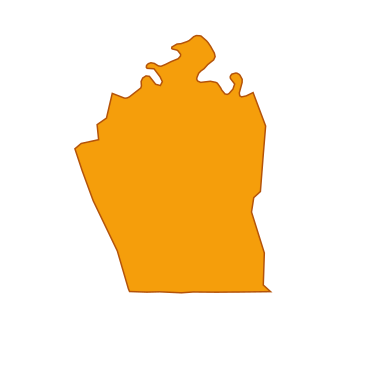 the district of Berkeley, West Virginia, United States of America, rotated 320°
{"feature_id": "52423323B11679801882970", "entity_name": "Berkeley", "entity_type": "district", "adm_level": 2, "iso_a3": "USA", "parent_name": "United States of America", "parent_adm1": "West Virginia", "projection": "albers", "projection_center": [-77.931, 39.442], "detail": "fine", "context": "isolated", "style": "filled", "palette": "amber", "viewbox_px": 384, "rotation_deg": 320, "n_neighbors": 0, "source": "geoboundaries", "source_scale": "gbopen_adm2", "svg_char_len": 1481}
<svg xmlns="http://www.w3.org/2000/svg" viewBox="0 0 384 384"><g transform="rotate(320 192 192)"><path d="M194.3,65.2L174.0,80.4L162.6,79.4L154.1,91.9L138.3,83.6L130.1,83.6L121.6,105.0L110.7,135.2L96.9,189.2L81.0,225.4L80.2,228.1L93.1,239.7L103.0,247.6L119.1,262.4L128.6,269.3L146.4,284.5L161.3,296.8L162.2,297.6L188.1,318.8L186.8,309.1L208.2,285.2L224.7,245.6L235.7,236.0L244.7,235.6L269.8,210.0L290.8,188.8L302.7,155.1L295.2,153.2L291.1,151.0L290.6,149.6L290.4,149.0L291.9,146.5L300.8,140.3L302.9,137.9L303.8,133.4L303.7,132.1L302.8,129.8L301.8,128.9L298.3,127.3L296.4,127.7L295.2,128.4L294.4,129.8L294.1,136.7L289.5,139.5L283.6,140.4L281.7,139.9L281.0,139.0L280.3,138.1L280.3,133.0L280.9,130.5L281.3,125.8L281.3,124.6L280.7,123.3L277.3,119.0L269.1,113.6L267.7,110.7L267.9,109.2L268.3,108.4L269.3,107.5L273.5,105.3L276.7,105.0L280.5,105.3L286.0,104.5L293.5,104.7L296.7,103.2L297.6,101.5L298.4,99.9L299.8,92.7L300.3,88.3L300.3,85.6L299.2,78.4L298.2,77.1L295.8,74.9L293.1,74.1L287.3,74.2L284.9,73.6L278.9,71.3L275.6,69.0L269.8,68.0L268.8,68.9L268.8,69.7L271.6,73.5L272.0,74.8L271.8,79.2L270.5,80.5L267.0,81.0L266.1,80.7L259.8,78.7L253.6,77.2L249.1,75.8L247.3,73.8L245.8,69.3L243.6,66.6L241.0,65.6L238.6,65.8L237.2,67.0L237.1,68.4L242.1,73.2L241.6,83.2L240.2,88.4L236.2,90.1L233.4,86.1L233.7,76.0L231.4,73.5L227.5,73.0L224.1,74.6L221.4,78.3L219.6,79.4L211.3,79.1L205.3,78.9L202.9,78.3L201.1,77.2L200.4,76.3L194.3,65.2Z" fill="#f59e0b" stroke="#b45309" stroke-width="1.5"/></g></svg>